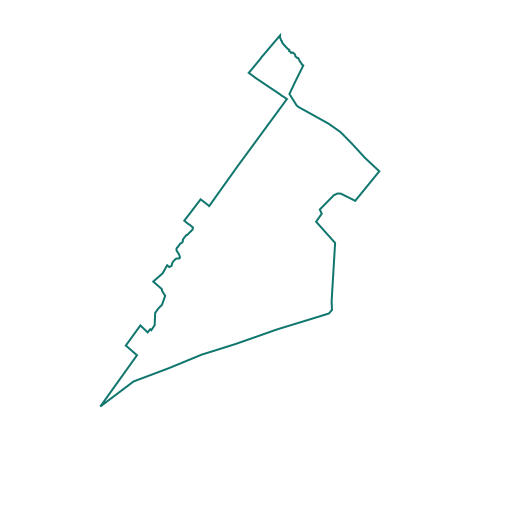 the district of Santa María Coyotepec, Oaxaca, Mexico, rotated 118°
{"feature_id": "50627088B52914360802824", "entity_name": "Santa María Coyotepec", "entity_type": "district", "adm_level": 2, "iso_a3": "MEX", "parent_name": "Mexico", "parent_adm1": "Oaxaca", "projection": "mercator", "projection_center": [-96.717, 16.972], "detail": "fine", "context": "isolated", "style": "outline", "palette": "teal", "viewbox_px": 512, "rotation_deg": 118, "n_neighbors": 0, "source": "geoboundaries", "source_scale": "gbopen_adm2", "svg_char_len": 2257}
<svg xmlns="http://www.w3.org/2000/svg" viewBox="0 0 512 512"><g transform="rotate(118 256 256)"><path d="M99.0,339.7L100.5,325.2L102.0,310.6L102.3,309.1L102.4,308.3L102.4,307.7L102.4,306.8L102.9,302.4L109.3,303.3L135.9,307.2L185.4,314.4L198.3,316.1L220.9,319.1L233.6,320.7L233.9,320.8L233.8,321.0L233.5,322.8L232.7,327.1L232.0,331.5L236.9,332.3L241.1,333.0L249.1,334.3L258.5,335.9L259.4,331.6L259.5,330.5L259.6,328.9L259.7,328.5L260.4,325.2L261.1,324.9L261.8,324.5L262.0,324.4L263.9,324.8L264.3,324.9L265.6,325.4L267.9,326.1L269.3,326.5L269.5,326.5L270.0,327.1L270.2,327.3L270.8,327.4L272.6,327.8L274.0,328.0L275.7,328.3L277.2,327.6L278.5,327.4L280.9,328.8L284.2,329.1L286.1,329.7L287.5,329.4L287.8,329.1L288.3,328.8L289.0,327.9L289.3,327.2L290.0,325.9L291.3,324.1L292.8,322.6L293.5,322.4L294.4,322.8L294.8,323.6L295.3,324.7L295.9,325.3L296.6,325.6L297.1,325.8L297.3,325.8L299.6,326.5L301.6,326.6L302.7,326.4L304.0,325.9L304.7,326.1L306.5,327.4L305.9,330.1L315.1,330.3L326.8,334.7L329.4,323.8L331.0,322.4L333.8,317.5L343.2,316.1L348.2,317.6L353.6,318.3L364.6,313.0L370.6,313.6L370.3,315.0L374.3,315.8L371.6,325.5L396.2,328.9L399.5,314.5L462.0,322.8L424.2,305.2L396.2,280.5L368.4,257.5L343.9,233.3L311.0,203.0L272.5,164.6L267.9,163.6L263.0,166.5L260.2,168.1L207.3,192.3L204.1,201.1L197.5,219.0L187.8,217.8L185.0,221.5L165.8,215.8L162.5,213.3L161.1,210.3L160.7,194.3L123.3,186.9L118.2,205.9L111.7,224.3L106.9,239.6L105.1,254.0L104.5,287.9L104.1,290.6L97.2,302.6L87.1,303.0L86.6,303.1L73.1,303.5L68.6,303.6L65.8,303.7L65.6,303.7L65.4,304.5L65.4,305.2L65.2,305.8L64.5,306.4L64.3,306.9L64.1,307.6L63.7,308.1L63.4,308.7L63.1,309.3L62.7,309.9L62.2,310.5L61.7,311.1L61.4,311.8L61.6,312.5L61.8,313.2L61.5,313.9L61.3,314.5L61.1,315.1L60.4,315.6L60.0,316.2L59.5,316.7L59.4,317.4L59.3,318.1L59.1,318.7L59.2,319.4L60.2,320.3L59.9,320.9L59.6,321.5L59.5,322.2L59.5,322.9L58.5,323.2L58.3,323.9L58.3,324.6L58.2,325.3L58.0,325.9L57.8,326.5L57.5,327.2L57.3,327.9L57.2,328.6L56.8,329.1L56.8,329.7L56.3,330.3L56.2,331.0L56.0,331.7L55.8,332.1L55.4,332.7L55.0,333.4L54.2,333.9L54.0,334.6L53.8,335.2L53.2,335.7L52.7,336.2L52.3,336.9L51.9,337.4L50.0,338.3L51.2,338.6L78.6,344.6L79.5,344.6L96.1,348.0L97.7,348.4L99.0,339.7Z" fill="none" stroke="#0f766e" stroke-width="2"/></g></svg>